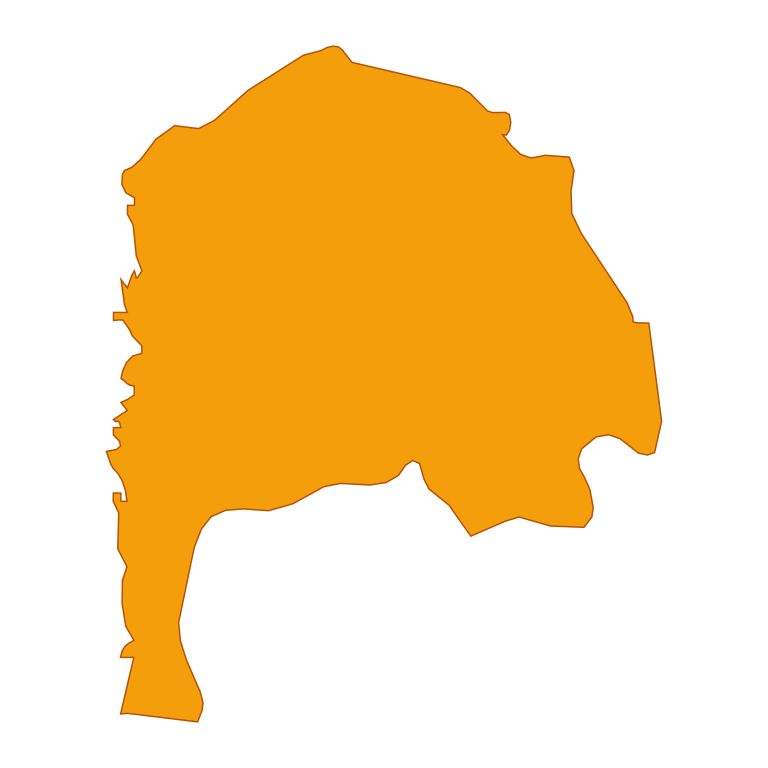 map outline of Irbid (orthographic projection)
{"feature_id": "JOR-854", "entity_name": "Irbid", "entity_type": "Province", "adm_level": 1, "iso_a3": "JOR", "parent_name": "Jordan", "parent_adm1": "", "projection": "orthographic", "projection_center": [35.72, 32.466], "detail": "fine", "context": "isolated", "style": "filled", "palette": "amber", "viewbox_px": 768, "rotation_deg": 0, "n_neighbors": 0, "source": "natural_earth", "source_scale": "10m", "svg_char_len": 2029}
<svg xmlns="http://www.w3.org/2000/svg" viewBox="0 0 768 768"><path d="M136.2,278.0L137.7,277.3L141.9,270.8L136.3,256.0L133.2,225.1L127.5,214.3L127.5,205.3L134.5,205.4L134.5,197.9L125.9,192.8L121.9,184.2L122.4,174.3L124.6,170.4L131.8,167.3L140.8,159.3L156.0,139.1L174.6,125.7L198.6,128.6L214.7,120.2L248.2,90.2L303.6,55.1L321.0,50.6L327.4,47.4L333.4,46.1L338.6,47.0L342.8,50.3L342.7,50.5L352.0,62.4L460.4,87.6L469.9,93.2L487.4,110.9L492.4,112.6L505.4,112.4L509.3,114.5L510.8,122.5L509.5,130.2L506.3,135.1L502.5,134.6L511.7,146.0L520.6,154.4L531.1,158.0L545.7,155.3L569.3,157.1L574.0,170.7L571.0,191.1L571.8,213.6L581.4,233.6L627.1,302.8L632.8,316.8L633.0,321.9L636.6,322.8L648.8,323.1L661.6,421.3L654.6,452.5L647.4,455.0L638.6,453.2L620.0,438.7L608.6,434.7L596.1,436.9L581.6,448.9L578.2,458.7L579.5,468.4L584.8,478.0L590.0,489.9L593.2,507.7L591.9,516.9L584.0,527.3L550.4,526.0L519.0,517.0L505.5,521.1L470.8,536.1L449.0,505.2L429.0,489.0L424.0,479.2L419.6,463.6L412.8,460.5L405.6,465.2L398.4,475.4L386.3,482.5L369.8,485.0L340.5,483.4L323.8,486.7L293.0,503.7L268.7,510.7L243.3,508.9L225.7,510.3L211.3,516.5L201.4,529.0L194.2,547.6L178.6,622.6L180.4,640.8L186.5,660.2L200.5,692.6L203.0,703.0L202.2,710.0L197.6,721.9L127.1,713.3L120.6,714.0L133.8,657.4L120.5,657.4L122.2,650.8L125.0,646.4L128.8,643.2L133.9,640.3L125.8,626.3L122.1,603.5L122.4,580.6L127.0,566.7L117.8,548.9L118.7,512.9L113.2,501.3L113.3,493.0L120.8,493.0L120.8,501.3L127.0,501.3L125.4,490.4L122.4,481.2L118.2,473.8L113.3,468.5L110.9,464.6L106.4,451.4L116.3,449.5L120.5,446.2L119.6,441.3L113.4,435.0L113.4,427.6L120.9,427.6L119.3,422.0L117.7,421.2L115.6,421.6L113.4,419.5L127.2,410.5L120.9,402.4L127.8,399.3L134.2,395.0L134.2,386.0L129.7,385.1L127.0,383.5L124.7,381.2L121.0,378.6L122.9,370.5L126.6,362.4L132.7,356.0L141.8,353.3L141.8,345.8L132.3,335.9L130.2,330.8L123.0,320.1L118.9,319.9L113.5,320.5L113.5,312.4L127.3,312.5L124.5,304.7L121.1,279.7L127.4,287.9L132.0,275.0L134.4,270.8L135.7,275.1L136.2,278.0Z" fill="#f59e0b" stroke="#b45309" stroke-width="1.5"/></svg>